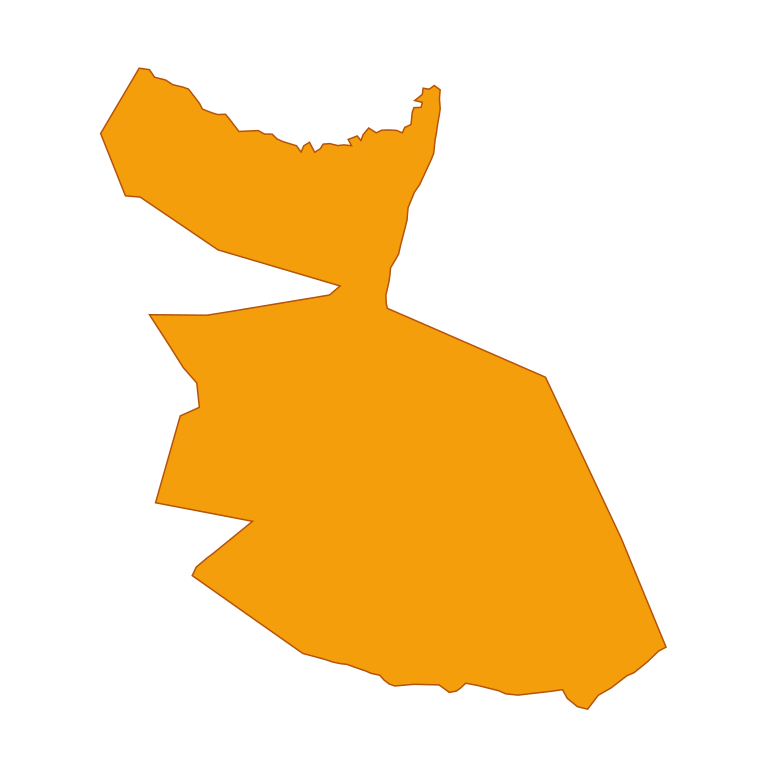 São Lourenço do Piauí, Piauí, Brazil, rotated 276°
{"feature_id": "56859067B94074134644551", "entity_name": "São Lourenço do Piauí", "entity_type": "district", "adm_level": 2, "iso_a3": "BRA", "parent_name": "Brazil", "parent_adm1": "Piauí", "projection": "natural_earth1", "projection_center": [-42.478, -9.175], "detail": "fine", "context": "isolated", "style": "filled", "palette": "amber", "viewbox_px": 768, "rotation_deg": 276, "n_neighbors": 0, "source": "geoboundaries", "source_scale": "gbopen_adm2", "svg_char_len": 1825}
<svg xmlns="http://www.w3.org/2000/svg" viewBox="0 0 768 768"><g transform="rotate(276 384 384)"><path d="M672.5,107.5L603.5,76.0L544.1,107.2L544.4,122.0L500.0,205.0L487.6,272.2L476.9,330.1L466.8,320.4L453.5,272.2L440.1,223.8L433.9,200.7L428.4,143.5L403.7,163.4L379.3,182.7L365.4,197.7L341.5,202.8L331.0,184.7L242.0,169.2L233.7,267.6L196.8,230.9L192.6,226.3L182.3,216.4L173.4,213.3L140.5,272.2L107.5,331.5L104.0,353.5L102.1,362.4L101.3,370.1L101.3,376.6L99.2,384.7L96.6,396.0L94.9,401.3L93.9,410.3L89.7,414.8L86.2,420.5L84.8,426.3L88.5,445.4L90.5,470.2L84.1,481.2L86.2,488.1L89.7,492.0L95.0,496.6L93.9,509.4L90.9,530.3L88.6,537.4L88.6,549.8L91.2,561.4L95.8,582.1L98.7,593.5L90.4,599.2L86.3,605.6L83.3,610.1L81.9,620.5L96.8,629.6L101.1,635.5L105.5,641.6L119.2,656.0L123.1,662.9L135.3,675.1L147.0,684.9L151.8,692.0L255.3,636.1L407.6,543.9L447.7,417.2L459.6,379.4L464.4,377.8L472.5,376.6L485.9,378.2L493.4,378.5L500.3,378.4L506.9,381.5L514.6,384.9L524.5,386.1L541.1,388.6L549.6,389.8L554.9,389.6L561.8,389.5L577.9,394.2L586.2,398.7L612.8,407.7L618.6,409.3L632.5,409.3L639.1,409.9L646.9,410.1L652.3,410.5L657.9,410.9L663.8,411.1L673.6,409.3L682.4,409.1L686.1,402.8L681.9,398.1L682.3,392.0L676.0,391.8L669.1,384.9L668.1,392.6L663.0,392.0L662.0,384.9L657.1,383.7L644.9,383.7L641.3,377.8L635.7,376.0L637.5,370.1L637.2,362.6L636.2,355.3L633.0,350.0L637.0,342.0L629.8,337.2L623.7,335.6L627.9,331.5L623.5,322.8L617.6,326.8L617.6,319.2L616.3,313.0L617.4,304.9L616.2,298.4L611.3,296.0L607.2,290.9L616.6,284.6L612.5,279.3L606.0,277.3L611.8,272.0L614.5,258.1L616.6,251.9L620.8,246.7L620.1,238.9L622.9,232.5L620.0,213.3L630.8,203.1L635.7,198.1L634.6,190.6L635.7,184.6L638.4,174.7L643.9,171.1L656.9,158.7L658.3,152.6L659.6,142.6L663.5,135.0L665.1,123.8L672.1,117.9L672.5,107.5Z" fill="#f59e0b" stroke="#b45309" stroke-width="1.5"/></g></svg>